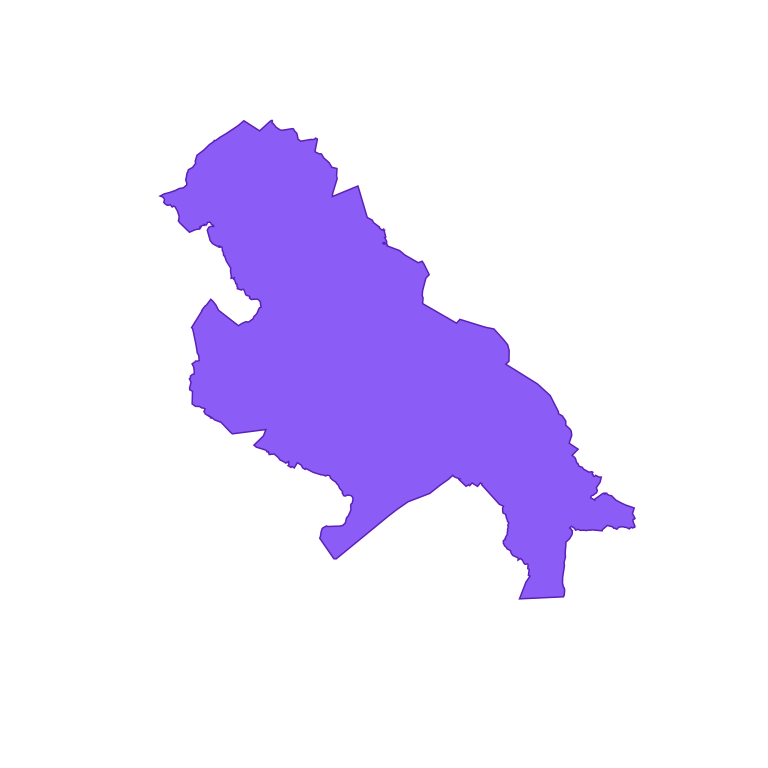 Pátzcuaro, Michoacán, Mexico, rotated 211°
{"feature_id": "50627088B82364093582116", "entity_name": "Pátzcuaro", "entity_type": "district", "adm_level": 2, "iso_a3": "MEX", "parent_name": "Mexico", "parent_adm1": "Michoacán", "projection": "natural_earth1", "projection_center": [-101.631, 19.502], "detail": "fine", "context": "isolated", "style": "filled", "palette": "violet", "viewbox_px": 768, "rotation_deg": 211, "n_neighbors": 0, "source": "geoboundaries", "source_scale": "gbopen_adm2", "svg_char_len": 6161}
<svg xmlns="http://www.w3.org/2000/svg" viewBox="0 0 768 768"><g transform="rotate(211 384 384)"><path d="M639.7,537.5L642.1,530.4L648.2,517.4L651.8,510.7L653.7,506.0L655.0,505.3L654.7,504.4L657.0,499.2L658.9,491.8L662.1,483.8L660.6,477.8L659.1,476.1L659.6,471.1L661.9,467.1L662.0,466.2L661.4,465.0L661.5,463.8L661.1,462.2L659.9,459.5L659.2,456.9L656.5,454.6L655.6,453.0L657.0,448.9L660.3,446.0L662.5,442.4L666.7,437.4L670.3,433.8L672.7,429.8L670.1,430.3L667.8,429.7L667.0,428.7L666.3,426.2L664.6,425.7L662.2,425.5L660.9,426.1L659.7,427.6L656.7,426.6L656.0,428.1L654.5,428.3L650.2,425.9L646.1,422.4L644.9,420.0L644.3,417.9L641.8,416.9L628.9,413.9L625.6,418.6L623.5,420.7L621.8,421.8L621.7,423.9L622.4,423.2L622.8,423.8L621.1,426.8L619.4,427.5L620.0,428.3L618.1,428.9L618.5,431.7L616.2,433.2L614.3,432.1L611.4,431.9L611.2,431.3L613.5,430.0L614.9,428.1L614.7,424.8L606.7,417.3L603.3,416.1L598.7,416.1L597.2,416.7L596.8,416.2L595.3,416.5L595.0,416.8L595.6,417.5L593.1,417.8L591.4,415.2L588.9,413.5L588.3,412.1L587.0,411.4L586.6,411.6L582.2,408.0L575.1,404.4L573.7,401.7L570.5,397.8L569.5,395.8L567.1,397.9L566.9,396.4L565.3,396.1L562.6,393.6L561.4,393.9L560.4,392.0L558.8,391.0L558.8,390.2L554.6,391.1L554.2,392.1L553.3,392.6L552.4,392.5L548.4,389.3L546.4,389.4L544.8,389.9L543.7,389.4L543.6,388.4L541.8,388.1L540.9,388.2L540.0,389.1L536.3,391.5L534.4,391.5L531.9,390.5L531.7,389.7L528.9,386.6L529.8,385.6L530.0,384.0L529.3,379.6L529.5,377.2L530.2,375.1L529.9,372.3L532.2,366.9L533.3,366.8L534.6,366.1L536.9,362.9L538.8,359.0L563.8,362.0L568.9,365.2L573.4,366.9L576.1,367.4L576.9,360.0L577.1,359.3L577.5,359.0L578.1,354.2L578.0,352.7L577.7,352.6L578.0,333.2L576.7,332.9L574.2,330.4L565.2,320.6L560.0,314.4L557.6,313.1L554.5,308.9L555.6,307.6L557.4,306.6L557.3,305.9L558.9,302.4L556.0,300.6L553.6,297.7L551.8,294.8L553.1,293.7L554.0,291.2L553.0,289.3L553.5,288.3L550.3,286.1L548.6,280.5L547.6,279.0L544.4,279.1L538.2,268.1L536.0,268.0L535.6,267.7L533.8,267.9L530.5,269.7L527.9,269.6L526.3,270.4L524.5,270.6L524.1,267.5L523.0,267.2L521.8,266.3L516.6,266.2L517.0,266.5L515.0,266.5L515.0,265.7L514.1,266.0L514.0,266.5L510.7,266.0L503.9,267.2L490.7,263.6L488.3,263.2L461.8,284.1L460.6,277.4L464.0,264.6L461.0,264.1L450.6,266.6L450.8,266.5L449.6,265.6L448.5,265.9L448.4,267.1L448.2,266.4L446.1,264.4L442.1,267.4L437.1,266.6L433.9,265.3L430.5,265.7L427.4,265.6L427.4,266.2L426.6,267.0L426.0,268.4L425.2,267.9L425.1,266.9L423.9,265.5L424.2,264.6L420.8,264.6L420.6,265.8L417.7,265.8L417.7,272.0L413.0,271.8L410.5,270.2L407.6,270.2L407.5,271.3L399.3,271.8L391.0,273.8L389.6,274.7L386.8,275.0L385.6,276.6L384.4,277.2L382.8,277.3L381.7,275.9L378.0,275.2L374.7,275.1L373.5,274.3L371.2,273.8L368.3,271.7L364.2,270.5L363.6,269.0L363.0,268.9L361.2,267.5L359.6,267.9L357.8,270.2L355.2,271.2L354.0,271.3L352.2,270.5L351.1,269.0L349.9,265.5L350.4,264.4L350.2,263.0L347.5,259.1L346.7,252.6L347.2,249.9L345.9,246.2L345.7,243.7L346.4,242.7L346.5,241.5L348.9,239.3L358.8,232.9L360.2,232.7L362.4,228.9L362.5,228.0L361.9,225.3L360.0,220.6L359.7,218.7L337.0,208.4L334.9,209.5L312.5,272.2L308.5,282.6L302.7,295.5L288.4,313.8L283.6,326.6L279.7,335.4L278.0,341.2L276.1,340.6L270.0,341.7L270.5,340.7L261.0,338.6L259.5,341.2L258.2,341.0L257.5,344.5L251.1,344.4L250.4,348.9L248.4,348.7L248.2,347.9L223.2,340.3L218.6,340.8L218.4,338.6L216.3,335.5L215.3,334.7L213.2,335.0L212.1,334.6L211.9,334.1L209.8,332.0L208.1,330.8L207.5,329.9L205.6,329.3L205.0,326.4L204.0,325.9L203.2,322.8L202.3,321.8L202.0,320.3L201.0,319.1L200.7,313.9L199.9,313.3L201.0,311.3L199.8,309.1L197.1,307.3L195.6,307.2L193.6,306.1L189.9,306.3L187.4,304.2L185.0,303.4L179.9,304.0L179.2,303.6L178.4,302.1L177.2,304.7L176.7,304.8L176.0,304.4L174.8,304.4L171.6,302.4L170.4,302.1L169.7,302.4L168.7,303.6L168.0,303.6L167.4,303.3L165.7,299.8L164.0,299.8L161.7,294.4L159.9,294.6L160.3,287.4L157.2,269.6L120.6,294.0L120.8,296.0L123.0,300.4L124.3,301.9L125.3,302.2L128.3,305.1L131.3,310.3L135.7,321.1L137.8,323.9L139.3,329.1L141.7,332.5L145.3,339.9L146.6,342.0L145.2,347.1L145.3,351.9L146.2,354.0L147.3,355.0L147.1,355.3L150.0,356.4L150.2,356.0L150.7,356.2L150.0,358.6L146.3,358.4L144.5,357.4L143.0,359.3L140.2,359.7L137.6,361.5L135.1,362.6L132.9,364.5L131.5,365.1L130.8,366.0L121.4,370.5L121.7,371.8L119.7,377.8L114.4,379.3L112.8,378.7L111.8,379.3L110.0,379.3L109.5,379.7L109.1,381.8L108.5,382.7L105.3,384.9L103.9,385.1L102.7,385.8L99.0,386.2L98.8,387.4L98.2,388.6L96.7,388.6L96.3,389.7L95.3,390.1L95.6,391.3L99.1,393.9L100.4,395.3L100.7,396.4L99.9,397.0L99.6,398.0L103.0,400.2L104.2,400.7L105.7,406.6L114.6,404.7L119.3,404.2L125.4,403.9L131.3,405.4L134.4,404.4L136.9,404.8L137.4,404.2L137.3,404.8L139.5,403.6L140.2,402.5L144.1,393.7L143.6,393.1L148.4,392.9L148.6,394.7L148.2,395.6L147.1,396.8L146.9,398.3L146.0,399.5L145.9,400.8L146.3,402.6L148.6,404.4L148.2,411.1L149.8,416.1L151.8,415.0L155.6,414.7L155.9,413.2L156.3,413.0L157.3,413.0L158.1,413.9L159.2,414.1L159.4,415.7L159.8,416.0L160.9,415.7L162.9,414.0L169.3,413.8L171.0,414.7L174.6,414.0L176.8,415.7L178.4,415.8L181.2,418.5L182.5,419.2L186.0,419.8L184.0,428.1L194.8,428.6L196.6,436.6L199.2,440.0L201.6,441.2L206.9,442.3L209.2,445.9L214.6,448.5L219.1,448.4L220.1,450.0L235.6,459.7L252.6,463.1L289.8,463.7L288.6,467.9L294.0,477.2L298.2,481.3L304.4,483.6L318.1,487.8L326.5,484.8L352.2,478.5L353.2,473.5L392.3,472.8L394.9,478.0L396.4,479.1L397.3,480.5L399.0,484.0L402.6,496.2L401.6,501.0L411.5,507.4L414.5,508.9L417.1,505.6L432.5,505.3L439.4,506.4L452.4,504.0L452.5,504.8L454.0,505.3L456.7,503.8L457.6,504.3L456.7,505.4L455.9,505.0L454.2,506.0L455.2,507.7L458.8,509.8L458.1,510.8L462.5,515.1L462.7,516.1L463.5,515.7L464.1,516.5L464.8,514.9L468.6,515.5L468.7,516.2L476.0,516.9L478.4,518.4L484.1,518.1L508.3,540.3L524.8,518.1L526.1,520.8L529.9,535.9L531.8,537.9L535.3,544.5L540.3,542.9L545.1,545.5L551.9,546.7L556.2,549.0L558.2,547.9L562.8,547.5L567.2,559.6L569.2,559.6L569.7,558.1L571.1,556.7L572.5,556.1L580.4,549.3L583.7,549.6L587.3,553.5L588.1,554.1L591.2,554.9L592.8,556.0L593.8,555.9L602.3,548.8L604.0,548.3L608.6,548.5L613.3,550.2L614.4,550.1L614.8,550.7L615.0,552.0L615.8,552.3L616.8,550.9L621.0,536.9L639.7,537.5Z" fill="#8b5cf6" stroke="#5b21b6" stroke-width="1.5"/></g></svg>